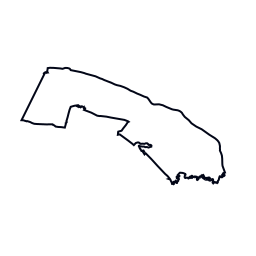 outline of Piedrujas pag., Kraslavas, Latvia, rotated 194°
{"feature_id": "27541924B60007072574234", "entity_name": "Piedrujas pag.", "entity_type": "district", "adm_level": 2, "iso_a3": "LVA", "parent_name": "Latvia", "parent_adm1": "Kraslavas", "projection": "mercator", "projection_center": [27.471, 55.816], "detail": "fine", "context": "isolated", "style": "outline", "palette": "ink", "viewbox_px": 256, "rotation_deg": 194, "n_neighbors": 0, "source": "geoboundaries", "source_scale": "gbopen_adm2", "svg_char_len": 5493}
<svg xmlns="http://www.w3.org/2000/svg" viewBox="0 0 256 256"><g transform="rotate(194 128 128)"><path d="M23.1,108.2L27.1,114.1L27.7,115.7L29.2,121.1L30.2,123.9L31.5,126.0L33.4,128.4L33.5,129.4L33.8,130.1L34.4,132.7L35.8,135.5L37.1,136.8L38.5,137.8L41.1,139.1L47.3,141.1L56.2,144.6L62.1,145.9L67.5,147.9L70.9,150.3L75.6,152.5L78.0,154.4L79.4,155.8L80.3,156.3L81.5,156.8L82.9,157.1L84.1,157.2L88.4,156.8L89.8,156.8L95.9,157.7L99.7,158.5L103.6,158.5L107.4,157.4L108.6,157.1L109.5,157.2L110.8,157.5L112.0,158.3L115.4,161.3L116.8,162.2L120.0,162.4L124.3,163.2L127.4,163.6L131.6,164.5L134.5,164.8L137.9,165.9L141.6,166.6L145.6,167.0L149.1,166.9L151.4,167.1L154.8,167.8L162.7,168.8L165.0,169.3L167.0,169.4L172.0,170.3L182.2,170.5L183.5,170.7L187.3,170.8L197.6,170.3L198.7,171.3L199.1,171.5L201.2,171.6L203.5,171.1L205.8,169.6L208.2,169.4L214.9,168.3L218.4,167.5L220.4,166.7L220.2,165.1L220.2,163.8L219.9,163.2L219.5,162.7L220.0,162.7L220.1,161.9L220.3,161.8L220.6,161.8L220.8,162.2L220.9,162.3L221.6,162.2L222.1,161.7L222.5,160.9L222.8,160.8L222.9,160.6L222.9,160.4L222.7,160.2L222.4,160.1L222.2,160.2L233.2,109.8L231.1,110.2L229.5,110.0L228.8,110.1L228.2,109.9L227.4,110.3L224.3,110.1L222.2,109.6L220.0,109.4L217.0,109.9L208.3,111.7L202.2,113.3L202.1,113.1L201.7,112.9L200.9,112.9L199.8,112.5L198.6,111.9L196.1,112.1L193.0,112.7L189.4,113.1L189.3,116.9L189.6,117.6L189.2,118.0L188.9,118.8L189.0,119.2L189.4,119.6L189.2,124.0L189.2,127.6L189.1,131.6L188.7,134.7L185.4,136.6L183.5,137.4L183.7,137.1L183.4,137.1L183.2,136.9L182.8,136.9L182.6,136.8L182.2,136.8L181.8,136.6L181.6,136.7L181.7,137.2L181.6,137.4L181.0,137.4L180.8,137.2L180.4,137.5L180.2,137.4L180.2,136.9L179.9,137.1L179.6,136.7L179.4,136.7L179.2,137.0L178.9,136.7L178.7,136.9L178.8,137.3L178.7,137.6L178.4,137.8L177.9,137.9L176.4,137.6L176.2,137.3L175.9,137.3L176.0,137.0L175.9,136.9L175.8,137.1L175.7,136.8L175.3,137.0L174.3,136.7L174.3,136.4L174.4,136.2L174.4,135.9L174.5,135.8L174.5,135.6L174.9,134.9L167.2,134.0L160.9,132.5L158.5,132.7L157.5,133.0L151.7,133.8L147.1,134.0L133.4,135.0L129.6,134.5L128.9,134.2L129.7,133.5L130.7,130.5L132.5,126.6L133.6,123.8L136.6,122.1L136.5,120.7L136.3,120.0L136.2,119.0L134.5,119.8L124.7,115.8L119.9,113.7L118.2,112.8L116.8,115.3L115.4,116.2L114.2,116.5L113.6,116.4L112.8,115.9L112.2,115.9L111.8,115.7L110.1,116.3L108.2,116.6L106.9,117.5L106.5,117.5L105.9,117.8L104.9,117.5L104.4,116.9L103.8,116.6L103.4,116.7L102.8,117.0L101.9,116.6L101.6,116.6L101.5,116.9L101.2,116.8L101.0,116.6L101.0,116.3L101.1,116.0L101.1,115.8L100.9,115.5L101.0,115.4L101.9,115.0L103.3,114.0L105.0,114.1L106.7,113.6L108.0,113.9L109.2,113.5L111.9,113.2L113.0,113.5L113.1,113.4L113.0,113.2L113.0,112.8L112.3,112.2L112.2,111.9L111.8,111.4L111.4,111.1L111.4,110.9L111.2,110.8L111.2,110.7L110.6,110.3L110.5,110.1L110.3,110.0L109.4,109.0L107.5,109.9L107.3,109.7L107.7,109.6L106.9,109.0L107.8,108.5L105.6,106.4L104.9,107.7L104.7,107.7L98.0,103.6L89.9,98.2L80.8,92.4L78.6,91.3L77.3,90.5L77.2,90.4L75.4,89.0L76.3,88.4L75.1,88.3L74.9,88.6L74.5,88.3L73.5,86.9L72.6,85.9L71.7,84.4L71.0,84.7L70.3,84.4L70.0,84.6L70.0,85.2L70.8,86.5L70.8,86.8L70.4,86.9L69.9,86.6L69.6,86.6L69.1,87.3L69.0,87.5L69.2,87.9L68.9,88.4L68.2,88.0L68.0,87.6L68.0,86.8L67.9,86.5L67.5,86.4L67.1,86.6L67.1,87.0L67.2,88.2L66.9,88.6L66.5,88.8L66.5,89.2L66.7,89.7L66.7,90.2L66.3,90.5L66.2,90.7L66.3,90.9L66.4,91.1L66.9,91.5L67.6,90.9L68.1,90.9L68.4,91.0L68.6,91.3L69.0,92.4L68.9,92.7L68.6,92.9L68.0,92.7L67.2,92.8L66.5,93.4L66.5,93.9L66.8,94.0L67.7,94.0L68.3,94.5L66.9,97.1L66.5,97.3L66.0,97.3L64.5,97.6L63.2,97.6L61.3,97.3L60.9,96.7L60.9,96.4L61.2,96.1L61.3,95.9L61.3,95.4L61.2,95.2L61.3,94.4L61.1,93.9L60.6,93.4L60.3,93.4L60.0,93.4L59.3,93.9L58.8,94.1L57.5,94.0L57.3,93.7L57.0,93.7L56.8,94.0L56.8,94.3L56.6,94.4L56.6,94.8L56.5,95.3L56.4,95.4L55.8,94.6L55.5,94.6L55.4,94.7L55.4,95.3L55.6,95.5L55.2,96.4L54.5,97.1L54.2,97.1L53.9,96.8L54.0,96.5L54.6,95.9L54.6,95.5L54.4,95.2L54.1,95.0L53.8,95.1L53.8,95.5L53.1,96.3L52.9,96.4L52.2,96.3L52.2,96.8L51.9,97.0L51.4,97.1L51.2,96.9L50.7,96.8L50.4,97.3L49.4,97.3L49.2,97.2L49.1,96.7L49.5,96.5L49.5,96.4L48.8,95.9L48.8,95.7L48.8,95.0L48.5,94.4L48.2,94.3L47.8,94.7L47.8,94.9L47.6,95.1L47.4,95.5L47.5,95.6L47.8,95.6L47.6,96.1L47.6,96.4L47.7,96.5L47.9,96.3L48.0,96.4L47.9,96.6L47.8,96.8L46.6,97.1L46.7,97.3L47.2,97.5L46.9,98.0L46.5,98.1L46.5,97.8L46.4,97.7L45.9,98.3L44.8,98.4L44.8,98.6L45.3,98.6L45.6,98.9L45.2,99.1L45.2,99.7L44.7,99.9L44.6,100.2L44.0,100.0L43.8,100.2L43.7,99.8L43.3,99.6L42.9,99.9L42.3,99.1L42.6,98.3L43.1,97.6L42.9,97.5L42.7,97.6L42.3,97.5L42.1,97.4L42.0,97.2L41.6,97.0L41.5,97.3L41.4,97.5L41.2,97.7L41.3,98.2L41.3,98.4L40.7,98.3L40.1,98.5L39.8,98.1L39.7,97.7L39.3,97.2L39.4,96.8L38.4,97.0L38.0,97.6L37.7,97.5L37.8,98.2L38.8,98.9L38.0,99.4L37.2,99.6L36.8,99.5L36.3,99.0L36.5,98.7L37.3,98.4L37.1,97.3L36.8,96.9L36.4,96.7L35.6,96.8L34.8,97.3L34.3,98.5L33.9,98.8L33.4,98.9L33.0,98.6L32.8,97.2L32.1,96.9L32.7,95.8L32.7,95.5L31.9,94.9L31.4,95.7L31.7,96.3L31.7,96.6L31.3,96.6L30.5,96.2L29.9,96.2L29.6,96.7L29.3,96.7L29.0,96.4L28.2,96.1L27.9,96.5L27.7,97.0L27.9,97.8L27.9,98.6L27.5,99.3L27.4,99.9L27.4,100.4L27.5,101.0L27.5,101.6L27.4,102.2L27.4,103.1L27.2,103.4L26.5,103.4L26.1,102.9L25.7,102.7L25.5,102.8L25.2,103.1L24.7,103.1L24.4,103.6L24.5,104.2L24.7,104.5L25.1,104.8L25.3,105.2L25.3,105.5L24.9,106.0L24.7,105.9L24.7,105.5L24.4,105.1L23.3,104.6L23.0,104.9L22.8,105.4L22.9,105.7L23.4,106.1L24.1,106.0L24.3,106.2L24.4,106.7L24.7,107.1L24.6,107.3L23.1,108.2Z" fill="none" stroke="#020617" stroke-width="2"/></g></svg>